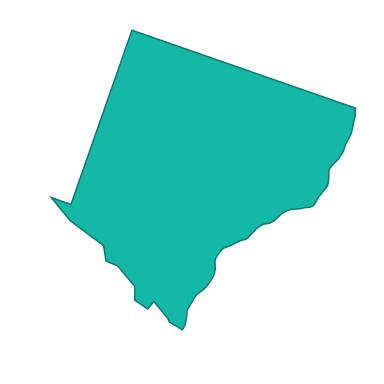 Des Moines, Iowa, United States of America, rotated 19°
{"feature_id": "52423323B51046166578501", "entity_name": "Des Moines", "entity_type": "district", "adm_level": 2, "iso_a3": "USA", "parent_name": "United States of America", "parent_adm1": "Iowa", "projection": "natural_earth1", "projection_center": [-91.071, 40.885], "detail": "fine", "context": "isolated", "style": "filled", "palette": "teal", "viewbox_px": 384, "rotation_deg": 19, "n_neighbors": 0, "source": "geoboundaries", "source_scale": "gbopen_adm2", "svg_char_len": 1055}
<svg xmlns="http://www.w3.org/2000/svg" viewBox="0 0 384 384"><g transform="rotate(19 192 192)"><path d="M60.6,243.0L86.2,258.8L125.9,271.5L133.1,285.2L145.8,286.1L168.8,300.0L173.0,312.9L188.2,317.1L191.6,307.9L210.2,319.4L212.9,322.3L227.7,325.4L228.0,324.9L228.6,320.5L228.5,317.0L226.9,309.0L226.2,307.3L225.9,305.0L228.9,290.6L230.1,286.8L233.3,282.5L235.8,278.1L236.9,275.4L239.4,266.5L239.7,261.5L239.1,257.2L236.4,250.4L236.0,248.2L236.5,243.9L238.7,237.3L240.3,234.8L247.4,228.6L253.2,222.5L257.9,219.4L259.2,218.0L262.7,210.8L264.4,206.5L265.9,203.9L269.0,200.2L270.3,199.1L275.5,196.2L278.9,192.8L283.5,183.9L284.4,182.8L285.6,181.1L289.0,177.9L291.8,175.8L299.2,172.9L302.7,170.6L308.4,168.0L310.5,166.2L311.8,163.9L313.2,155.8L317.8,143.3L318.0,140.4L317.6,137.7L316.2,132.2L314.5,127.4L314.5,125.2L316.2,120.2L319.3,114.2L321.4,106.3L321.9,102.5L321.7,97.3L323.4,86.4L323.4,83.7L322.6,76.5L322.1,74.0L321.6,67.3L319.6,61.3L319.6,61.0L319.4,59.5L82.6,58.6L81.6,243.2L60.6,243.0Z" fill="#14b8a6" stroke="#0f766e" stroke-width="1.5"/></g></svg>